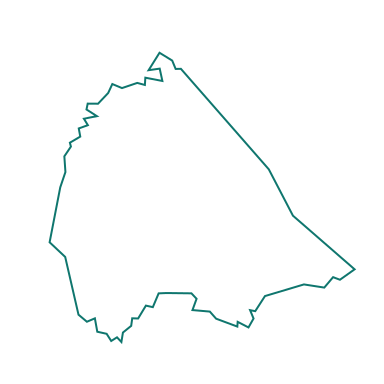 Hopkins, Kentucky, United States of America (Natural Earth projection), rotated 81°
{"feature_id": "52423323B92767937246605", "entity_name": "Hopkins", "entity_type": "district", "adm_level": 2, "iso_a3": "USA", "parent_name": "United States of America", "parent_adm1": "Kentucky", "projection": "natural_earth1", "projection_center": [-87.533, 37.338], "detail": "fine", "context": "isolated", "style": "outline", "palette": "teal", "viewbox_px": 384, "rotation_deg": 81, "n_neighbors": 0, "source": "geoboundaries", "source_scale": "gbopen_adm2", "svg_char_len": 910}
<svg xmlns="http://www.w3.org/2000/svg" viewBox="0 0 384 384"><g transform="rotate(81 192 192)"><path d="M68.6,183.7L67.9,188.9L59.1,191.0L49.4,202.3L64.9,215.8L65.1,204.6L77.7,203.9L71.8,220.2L78.9,221.8L75.7,229.0L78.4,244.9L72.9,253.8L81.1,259.3L90.1,271.0L88.4,281.2L94.0,283.3L102.2,274.1L102.7,287.3L109.7,284.4L111.5,293.9L119.8,293.7L124.2,304.9L128.2,304.5L136.8,312.5L152.5,313.9L166.8,321.4L219.4,340.5L236.3,327.4L295.4,323.3L303.7,316.1L301.6,307.7L315.2,307.4L318.7,298.5L326.5,295.1L323.8,288.8L329.1,285.2L320.0,282.2L314.7,273.0L307.4,270.8L308.5,265.0L297.0,255.3L299.6,248.7L286.9,240.8L287.8,233.0L292.0,208.4L298.2,204.2L308.7,210.0L312.9,193.1L320.9,188.0L332.0,168.3L327.4,167.2L334.6,157.4L326.6,151.0L317.8,153.1L319.6,148.2L306.2,136.2L300.8,95.9L307.1,76.3L298.2,66.0L301.8,59.6L293.8,43.5L231.2,96.0L181.6,112.6L68.6,183.7Z" fill="none" stroke="#0f766e" stroke-width="2"/></g></svg>